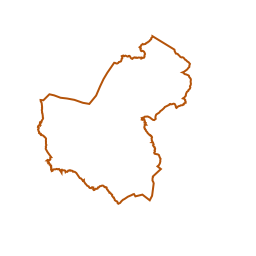 Wassa East, Western, Ghana (Albers equal-area conic projection), rotated 56°
{"feature_id": "2480657B7921909152770", "entity_name": "Wassa East", "entity_type": "district", "adm_level": 2, "iso_a3": "GHA", "parent_name": "Ghana", "parent_adm1": "Western", "projection": "albers", "projection_center": [-1.647, 5.368], "detail": "fine", "context": "isolated", "style": "outline", "palette": "amber", "viewbox_px": 256, "rotation_deg": 56, "n_neighbors": 0, "source": "geoboundaries", "source_scale": "gbopen_adm2", "svg_char_len": 5728}
<svg xmlns="http://www.w3.org/2000/svg" viewBox="0 0 256 256"><g transform="rotate(56 128 128)"><path d="M142.5,196.0L143.7,195.1L146.1,194.9L146.5,194.4L146.5,193.7L147.2,194.2L146.9,194.8L147.0,194.9L147.4,194.5L148.4,194.4L150.3,194.5L151.4,194.2L152.8,194.2L154.6,193.2L155.0,193.4L156.2,193.3L156.8,192.5L157.2,192.3L157.0,190.9L157.9,190.0L159.5,191.2L160.4,191.0L160.6,190.3L160.2,189.5L160.3,188.7L160.9,188.1L161.2,187.0L160.5,186.1L160.9,185.2L160.5,184.0L161.0,182.9L161.2,181.8L161.7,181.0L163.5,180.3L163.9,180.5L164.4,180.0L164.4,179.7L165.2,179.0L165.5,179.0L166.0,179.5L167.2,179.7L167.7,179.4L168.3,179.6L168.8,179.5L169.2,179.6L169.7,179.4L170.4,179.5L170.8,179.2L171.4,179.6L172.2,178.9L173.2,178.9L174.3,178.5L174.6,178.5L175.0,179.0L175.3,179.1L177.4,179.0L177.8,178.6L178.4,178.9L179.5,178.9L180.5,179.3L182.2,178.6L182.6,178.2L183.0,178.1L183.9,178.2L184.4,178.6L185.4,178.4L185.7,176.4L185.0,174.4L184.7,172.2L184.9,170.7L184.9,166.5L185.7,162.2L185.7,161.4L186.1,160.0L188.8,160.1L191.3,153.3L200.1,150.4L197.7,146.0L195.6,144.1L188.2,137.6L186.6,137.2L185.3,137.1L183.2,135.6L182.7,134.7L182.1,134.5L180.4,123.7L176.3,125.0L176.1,123.2L175.1,121.3L173.7,119.8L172.9,119.4L171.7,118.2L170.5,118.2L167.6,117.5L166.4,118.1L166.3,118.3L164.9,119.7L164.2,120.3L163.1,120.1L162.7,118.9L161.3,118.5L161.0,118.0L161.1,117.7L160.2,117.0L159.7,117.1L159.4,116.8L158.7,116.7L158.6,117.0L156.8,117.0L156.7,116.9L156.9,116.8L156.2,116.8L156.1,116.0L154.4,115.5L153.8,115.4L153.3,116.0L153.3,115.7L153.2,115.9L152.2,115.2L151.4,115.2L150.4,114.4L149.8,114.3L149.6,114.1L149.2,113.3L148.4,113.1L147.1,113.6L147.0,113.4L146.7,113.6L146.4,113.8L146.1,113.6L145.8,113.8L145.8,114.0L145.2,114.2L143.9,114.3L143.4,114.6L142.3,114.4L140.2,114.7L139.4,114.3L138.5,114.6L138.0,114.3L137.8,114.5L136.5,114.1L135.2,112.7L135.1,112.4L134.8,112.3L135.4,111.2L134.8,111.3L134.5,111.2L133.8,110.5L133.3,111.0L132.9,110.8L132.6,111.2L132.4,111.0L132.6,110.3L132.3,110.6L132.0,110.3L131.5,110.4L131.1,110.0L130.0,109.7L129.3,111.5L128.7,111.4L128.5,111.7L127.8,110.9L127.5,110.9L128.1,108.9L128.0,107.8L129.5,105.2L131.7,103.9L133.5,103.4L135.3,102.7L136.1,101.8L135.9,99.9L134.6,99.4L134.0,98.9L133.2,98.0L132.6,97.0L132.7,93.4L132.1,91.8L132.1,90.0L131.7,87.2L131.2,85.8L131.9,80.5L131.5,80.1L131.7,79.5L132.1,79.4L132.8,78.5L133.3,76.7L134.1,75.9L136.2,76.0L137.3,76.6L138.3,76.7L138.5,76.6L138.2,74.9L138.2,73.9L138.7,72.4L138.7,71.6L139.5,70.2L139.7,68.8L139.4,68.4L139.1,68.4L139.0,68.0L139.3,67.5L138.9,66.4L139.2,66.0L138.3,65.4L137.3,65.4L136.8,64.9L135.1,65.1L134.2,65.9L134.1,65.4L134.4,64.6L133.9,63.4L133.6,62.0L132.7,61.4L132.0,60.6L131.0,59.0L130.9,57.2L130.6,56.9L130.4,56.8L130.0,54.7L129.3,53.7L128.0,53.3L127.5,52.1L126.5,51.1L124.6,50.2L123.2,48.9L122.1,48.5L119.8,48.7L118.8,48.3L118.3,48.4L116.0,49.9L115.2,50.7L114.6,51.0L113.2,51.1L112.4,51.7L112.7,50.2L112.6,46.4L111.8,43.9L111.8,43.2L110.8,42.3L110.5,42.2L109.5,40.8L107.3,41.0L106.1,41.6L104.0,42.0L103.2,42.5L101.9,42.5L100.7,42.7L100.2,43.0L99.6,43.5L99.4,44.2L98.8,44.6L98.2,44.9L96.6,45.0L95.8,45.3L94.5,45.4L93.2,46.4L93.0,46.7L90.2,46.3L89.5,45.8L88.9,45.7L65.5,56.4L66.3,57.0L66.5,58.5L67.4,59.2L67.5,60.7L68.0,61.8L67.8,62.8L68.1,64.0L67.7,65.1L68.1,66.5L67.2,68.6L66.6,68.8L66.7,70.6L67.3,71.5L67.5,73.2L69.0,72.7L69.4,73.0L69.4,73.5L71.1,74.1L71.8,73.9L72.2,72.7L73.5,72.1L74.5,72.1L76.2,72.5L76.9,73.7L77.9,74.2L78.3,74.7L78.3,75.2L78.6,75.4L78.5,75.8L78.1,76.6L78.0,77.4L77.8,77.3L77.7,77.8L77.4,77.5L77.1,77.5L76.9,78.2L76.4,78.6L75.4,80.0L75.0,81.3L74.4,81.9L74.1,81.9L73.9,82.6L73.3,82.8L73.0,83.3L73.1,83.6L72.8,84.9L73.1,85.5L73.1,85.8L72.0,86.4L71.2,86.5L69.8,86.3L69.0,86.5L68.6,87.2L68.8,87.9L68.5,88.5L66.6,89.6L66.4,90.2L66.4,90.9L66.1,91.2L65.3,91.4L64.9,93.0L65.4,93.2L66.0,93.1L66.9,93.6L67.1,94.0L67.1,94.6L67.8,95.2L68.6,96.2L68.8,96.7L68.6,97.6L68.2,98.6L68.6,99.7L68.5,100.8L68.0,101.6L66.7,102.4L66.2,103.0L70.6,114.2L73.8,121.0L77.9,127.9L83.3,136.3L86.4,146.6L81.9,151.3L74.7,156.7L69.4,162.1L65.2,167.0L59.6,171.0L56.1,174.3L57.7,182.7L55.9,184.8L57.0,185.4L59.0,185.6L62.8,187.6L63.0,188.0L63.6,188.3L64.2,188.5L64.8,189.4L66.1,189.9L67.4,190.8L67.9,190.7L68.9,191.2L70.6,192.0L71.3,192.6L72.3,192.8L73.0,193.7L73.7,195.5L74.4,196.0L74.7,196.5L74.2,197.0L74.0,197.7L74.2,197.9L74.9,197.8L74.8,198.3L75.5,198.8L76.2,198.9L75.9,199.3L76.6,199.7L76.1,200.0L76.0,200.5L76.3,201.6L76.9,202.2L77.7,201.8L78.2,202.1L78.2,202.5L78.9,203.0L79.0,203.4L79.8,203.5L80.0,203.7L80.6,203.9L81.5,203.8L82.3,204.5L82.7,204.2L82.9,204.4L83.4,204.2L83.9,203.7L84.2,204.1L84.5,204.1L84.4,203.8L84.7,203.6L85.6,203.6L85.9,203.1L87.3,202.4L89.0,202.2L89.4,201.9L91.0,201.9L92.9,203.4L93.3,203.5L95.4,205.0L96.4,205.1L96.7,205.4L97.2,206.4L98.3,206.8L98.7,207.5L99.4,207.9L103.1,208.2L109.2,208.0L108.9,208.5L109.0,208.9L109.7,209.5L110.5,209.8L110.8,210.7L109.8,212.5L109.5,212.6L109.6,213.4L110.1,212.8L110.8,212.9L111.2,213.4L112.0,212.7L112.3,212.8L112.5,213.4L112.7,213.7L113.1,213.2L113.5,213.1L113.7,213.3L113.9,213.3L114.4,213.5L114.9,212.9L115.6,213.3L115.9,213.2L116.3,212.8L116.8,213.1L117.0,213.5L117.4,213.5L117.7,213.9L118.0,213.8L118.4,214.2L119.0,214.3L118.9,214.6L119.5,215.1L119.8,215.1L119.8,214.8L120.2,214.8L120.3,214.7L120.8,214.8L120.8,215.0L121.1,215.2L121.3,214.5L120.6,213.4L120.8,212.6L121.7,211.3L122.0,210.1L122.2,209.8L123.0,209.3L123.4,208.1L123.8,208.0L124.9,208.2L126.1,208.0L127.9,208.1L126.0,206.7L125.5,206.6L125.6,206.1L126.5,206.0L127.3,204.6L128.3,203.9L129.6,204.4L129.5,203.9L130.4,202.8L129.9,201.3L130.4,200.7L130.3,200.3L130.5,199.7L131.2,199.6L131.5,199.3L131.6,198.8L132.0,198.4L132.7,197.9L133.4,198.1L134.5,196.7L136.3,196.0L142.5,196.0Z" fill="none" stroke="#b45309" stroke-width="2"/></g></svg>